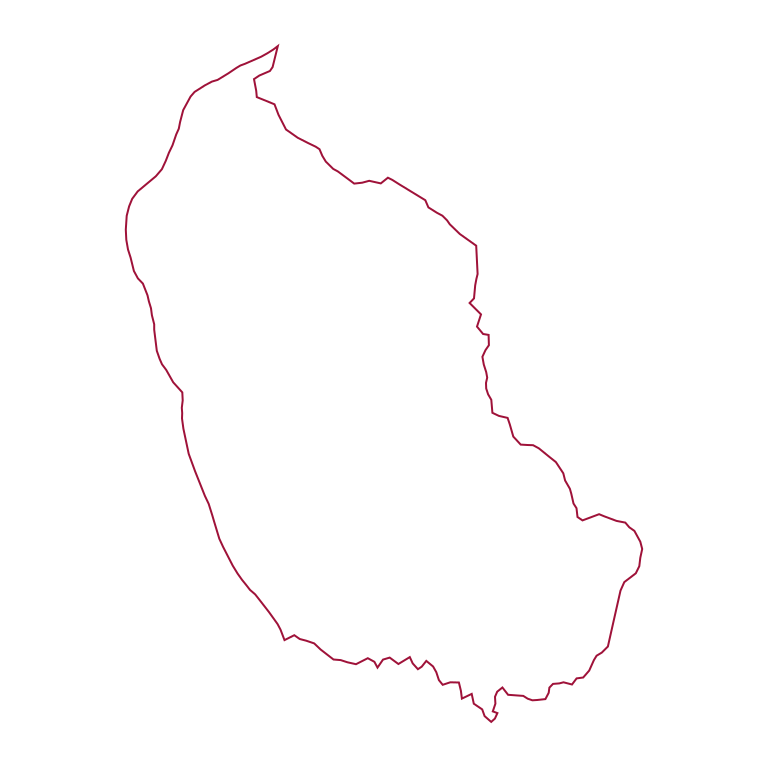 the district of Ipueiras, Tocantins, Brazil
{"feature_id": "56859067B76630587037832", "entity_name": "Ipueiras", "entity_type": "district", "adm_level": 2, "iso_a3": "BRA", "parent_name": "Brazil", "parent_adm1": "Tocantins", "projection": "natural_earth1", "projection_center": [-48.392, -11.119], "detail": "fine", "context": "isolated", "style": "outline", "palette": "rose", "viewbox_px": 768, "rotation_deg": 0, "n_neighbors": 0, "source": "geoboundaries", "source_scale": "gbopen_adm2", "svg_char_len": 2688}
<svg xmlns="http://www.w3.org/2000/svg" viewBox="0 0 768 768"><path d="M284.5,640.1L294.3,635.2L299.7,639.0L306.2,640.7L314.2,643.4L320.6,649.5L333.5,659.5L340.7,660.1L347.5,662.3L356.0,664.2L367.8,658.2L374.4,661.8L377.5,667.6L383.0,659.6L389.7,657.6L398.4,664.0L409.8,657.1L412.7,663.4L417.9,669.2L421.7,666.7L426.3,660.9L433.1,666.5L436.3,672.2L438.9,680.1L442.7,684.8L450.3,682.3L458.9,682.5L460.9,690.8L461.9,698.6L471.7,693.9L473.8,703.7L482.2,709.4L484.6,716.1L491.2,721.9L494.9,718.6L497.4,713.1L492.8,711.4L495.4,703.7L495.0,696.8L497.2,691.7L502.4,687.5L508.1,694.8L523.3,695.9L527.7,698.7L532.4,700.3L537.1,700.0L545.4,699.1L548.7,692.8L549.4,687.6L553.0,683.9L559.3,683.4L563.5,682.3L572.0,684.5L576.6,678.4L583.2,677.5L589.2,670.6L593.9,660.1L596.6,655.7L601.8,652.6L607.9,646.5L612.5,626.0L620.5,590.6L624.3,582.1L635.8,573.3L639.3,566.2L640.3,557.8L642.2,549.0L640.3,541.7L634.4,530.9L629.3,527.3L625.3,522.6L616.5,520.9L604.2,516.3L599.1,514.2L582.5,520.4L577.5,517.0L576.5,508.2L573.5,503.5L571.3,493.8L569.9,488.8L565.1,480.5L563.3,473.3L555.9,462.1L549.5,457.0L538.8,448.3L533.1,445.2L527.4,445.0L520.7,444.6L513.3,436.6L509.8,424.4L507.6,417.9L498.9,415.9L492.4,412.8L491.3,399.8L488.1,394.3L486.2,388.5L486.0,382.9L487.2,377.6L486.2,372.1L483.8,364.6L482.4,356.8L485.5,350.1L488.9,345.2L488.6,334.9L483.1,334.0L477.0,326.6L481.0,314.4L469.6,303.0L474.0,298.4L475.2,285.3L476.4,278.9L477.6,274.0L476.2,245.7L459.8,234.0L449.8,224.3L447.1,220.4L442.4,215.7L436.8,212.7L428.4,207.4L425.3,200.2L419.4,196.6L399.4,184.4L392.3,179.9L387.9,177.7L380.8,183.4L369.2,180.8L362.2,182.7L354.2,183.6L347.8,178.8L337.8,171.4L333.2,168.9L325.8,161.6L322.3,155.8L319.5,149.2L315.7,146.7L307.8,142.9L297.8,137.8L286.0,129.5L278.5,114.8L274.5,104.3L256.8,97.1L256.2,90.7L254.0,79.1L259.4,75.5L269.9,71.0L272.6,67.1L277.8,46.1L273.2,49.6L267.3,53.3L261.2,56.7L245.0,63.8L240.4,65.5L236.4,67.9L228.4,73.3L217.6,79.9L211.9,81.6L204.8,85.4L194.6,91.9L190.6,96.5L183.2,110.1L180.1,122.0L178.8,128.7L176.2,134.5L172.5,145.3L168.9,152.8L165.8,160.8L161.9,169.2L155.8,176.3L137.7,191.4L132.2,198.8L129.1,206.4L126.7,215.8L125.8,229.6L126.3,239.8L128.0,249.5L130.6,257.6L133.9,271.0L137.9,278.4L142.9,283.6L147.5,295.3L148.9,301.4L151.0,308.3L151.9,315.2L154.2,324.3L154.2,329.7L156.8,350.8L159.6,358.8L162.0,364.3L166.2,369.9L173.2,382.3L182.3,392.4L182.7,400.4L181.8,407.8L182.2,413.1L182.0,418.4L183.4,428.7L188.7,453.8L195.1,471.3L204.9,495.9L208.7,503.9L212.4,515.7L214.1,521.5L219.3,538.7L223.1,546.9L232.7,565.6L237.6,573.6L242.0,579.8L246.2,585.0L250.0,589.9L255.2,594.4L259.6,600.0L269.0,612.1L277.6,624.1L280.5,629.6L284.5,640.1Z" fill="none" stroke="#9f1239" stroke-width="2"/></svg>